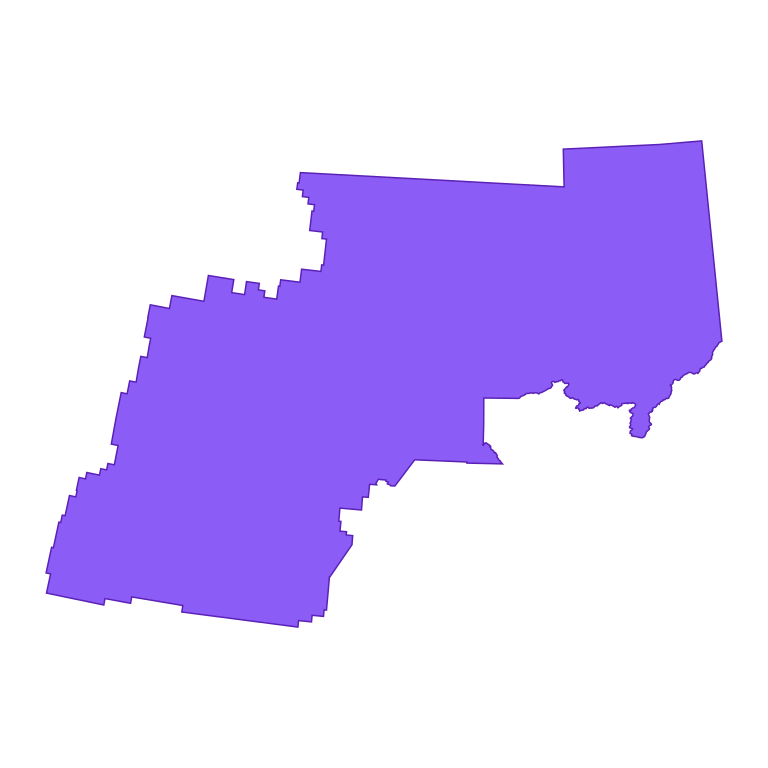 outline of Yukon-Koyukuk, Alaska, United States of America
{"feature_id": "52423323B20923510604078", "entity_name": "Yukon-Koyukuk", "entity_type": "district", "adm_level": 2, "iso_a3": "USA", "parent_name": "United States of America", "parent_adm1": "Alaska", "projection": "orthographic", "projection_center": [-147.261, 65.223], "detail": "fine", "context": "isolated", "style": "filled", "palette": "violet", "viewbox_px": 768, "rotation_deg": 0, "n_neighbors": 0, "source": "geoboundaries", "source_scale": "gbopen_adm2", "svg_char_len": 6115}
<svg xmlns="http://www.w3.org/2000/svg" viewBox="0 0 768 768"><path d="M631.6,435.7L633.0,436.2L636.2,436.6L637.5,437.0L638.3,437.0L639.1,437.5L639.9,437.4L641.5,437.8L642.1,437.8L643.8,437.1L643.9,436.7L644.3,436.3L644.7,436.3L645.9,433.5L646.4,432.0L647.8,430.6L649.2,429.5L649.5,428.1L648.8,427.8L648.7,427.2L648.8,426.5L649.4,425.7L650.8,425.1L651.4,424.6L651.3,423.9L650.8,423.3L649.6,422.4L649.2,421.2L649.4,418.8L649.7,417.2L648.4,414.2L648.5,413.5L649.1,413.3L650.1,412.0L651.0,412.2L652.0,411.6L651.7,411.1L652.1,410.7L652.5,410.7L652.8,410.1L652.5,409.3L653.1,408.3L652.9,407.9L653.6,407.4L655.1,407.4L656.6,406.2L657.3,404.6L658.1,404.0L658.6,403.7L659.2,404.2L659.4,403.5L660.4,402.2L660.8,401.5L662.6,400.9L663.0,400.0L663.6,399.7L664.2,399.7L664.1,399.9L665.1,399.5L666.0,398.5L667.5,398.5L668.7,398.1L669.3,396.4L670.7,394.4L670.8,393.7L671.2,392.9L671.0,392.0L671.4,391.2L671.8,390.7L671.5,389.4L671.5,388.3L671.6,387.6L671.4,386.9L671.3,386.2L670.7,385.8L670.3,385.7L670.2,385.3L670.6,385.0L671.5,384.7L672.3,384.0L673.0,383.1L673.1,381.9L673.4,380.7L674.1,379.9L675.6,379.3L676.7,380.0L678.0,380.3L679.2,380.2L680.1,379.3L680.6,378.3L680.9,377.5L682.1,377.1L682.8,376.1L683.8,375.2L685.1,374.4L686.7,373.8L687.9,373.1L688.0,372.8L688.7,372.5L690.1,372.3L691.8,372.9L693.8,374.0L695.2,373.6L696.4,372.8L697.1,372.7L697.9,373.4L698.9,372.1L699.7,371.2L699.9,370.1L700.4,368.5L701.5,368.4L703.0,367.2L704.3,367.0L705.1,365.4L705.9,365.0L706.8,363.2L707.6,363.0L708.2,362.4L708.2,361.6L710.7,359.9L711.7,358.5L711.5,356.9L712.2,355.7L712.7,354.1L712.4,352.3L713.0,351.5L713.9,349.9L714.7,348.9L715.2,347.9L715.9,346.8L717.0,346.2L717.6,344.9L718.1,344.3L718.6,343.4L719.1,342.6L719.7,342.4L720.6,341.8L721.9,341.2L701.7,140.9L659.3,144.5L563.3,149.1L564.1,186.9L300.4,172.6L299.1,183.0L297.7,182.8L296.8,189.3L303.2,190.1L302.4,196.6L308.8,197.4L308.0,203.9L314.5,204.7L313.7,211.2L312.0,211.0L309.7,230.5L322.6,232.0L321.9,238.6L326.5,239.1L323.6,265.1L321.7,264.9L320.9,271.4L301.6,269.2L300.0,282.2L280.7,279.8L279.8,286.3L278.5,286.1L276.7,299.1L263.9,297.3L264.8,290.8L258.4,289.9L259.3,283.4L246.5,281.6L244.6,294.6L231.7,292.6L233.8,279.6L208.4,275.5L203.9,301.3L171.9,295.6L169.4,308.5L150.3,304.8L147.8,317.6L148.1,317.7L144.3,337.0L150.7,338.3L149.4,344.7L147.2,357.6L140.8,356.4L138.3,369.2L136.1,382.2L129.7,380.9L127.1,393.8L121.2,392.6L116.0,418.3L111.3,444.1L118.1,445.5L114.3,464.8L107.9,463.5L106.6,469.9L100.8,468.7L99.5,475.1L86.8,472.5L85.5,478.9L79.1,477.5L76.4,490.3L77.1,490.5L75.8,496.9L69.5,495.5L65.1,515.7L62.3,515.1L60.7,522.5L58.9,522.1L53.4,547.7L51.6,547.3L46.1,572.9L50.6,573.9L46.5,593.1L103.8,605.0L105.0,598.6L130.6,603.3L131.7,596.9L182.8,605.5L181.8,612.0L297.9,627.1L298.6,620.6L311.5,621.9L312.1,615.3L323.5,616.4L324.1,609.9L326.5,610.1L329.4,577.3L329.5,577.4L352.0,544.7L352.7,535.6L346.2,535.0L346.5,531.7L340.0,531.2L340.9,521.4L338.8,521.2L339.9,508.1L361.5,510.0L362.5,496.9L368.3,497.3L369.6,484.3L376.7,484.8L375.9,483.1L377.1,481.5L378.3,479.4L378.9,479.2L380.5,479.6L385.9,480.0L385.8,481.1L386.6,481.5L388.3,482.0L387.3,483.8L389.9,484.9L390.7,485.8L394.9,486.0L414.7,459.8L467.0,462.0L466.9,463.1L502.5,463.9L501.8,463.0L500.5,462.5L500.7,461.3L498.4,459.5L498.4,458.8L496.8,456.9L497.3,455.9L496.6,454.3L495.4,452.6L494.5,452.9L493.6,451.0L492.8,450.2L491.1,449.5L490.6,447.2L489.8,446.8L490.5,446.2L489.4,445.0L487.0,443.6L486.4,442.9L485.5,443.4L485.0,443.0L483.2,445.3L482.7,444.8L483.2,444.3L483.7,424.2L483.8,398.0L518.8,398.4L519.2,398.2L520.2,397.3L520.6,396.7L521.7,396.1L522.2,396.0L523.0,395.6L523.9,395.4L524.8,394.6L525.5,394.4L525.8,393.8L526.6,393.5L529.5,393.3L530.7,393.0L531.3,392.7L533.3,393.4L533.8,393.0L534.8,392.9L535.3,392.7L537.2,393.0L538.4,393.8L539.1,393.8L539.6,393.1L540.2,392.7L541.4,392.5L541.9,392.3L543.1,391.7L543.9,391.2L545.4,390.6L546.6,389.7L548.1,389.0L548.5,388.5L550.2,388.3L551.0,387.7L551.4,387.0L551.6,386.3L552.1,386.0L552.6,385.2L552.0,383.9L551.5,382.9L551.4,382.2L552.4,381.6L553.4,381.3L554.5,381.8L554.8,382.4L555.9,382.1L556.5,381.6L557.2,381.5L557.9,381.7L559.3,380.7L560.3,380.8L561.2,380.2L561.7,379.7L562.6,380.0L563.0,381.9L564.0,382.3L564.4,383.1L565.1,383.5L565.7,383.3L566.6,383.4L568.3,383.1L568.6,383.5L568.8,384.5L568.3,385.2L567.6,386.8L567.1,386.7L566.5,387.0L564.6,389.4L563.9,390.0L563.9,390.8L564.5,391.0L564.7,391.4L564.8,392.5L564.3,393.0L565.9,394.2L565.7,394.8L566.3,395.7L566.9,395.9L567.5,396.4L568.7,396.8L569.1,397.4L569.6,397.9L570.5,398.4L571.5,398.2L572.4,397.6L573.1,398.0L573.8,398.8L574.9,399.2L575.6,399.3L576.5,399.8L577.4,399.8L577.9,399.6L578.4,399.7L579.0,401.1L578.9,401.7L580.0,402.4L580.3,403.1L579.8,403.5L578.9,403.9L578.9,404.5L578.4,405.2L577.7,405.7L576.7,406.0L576.3,406.6L575.9,407.3L575.7,408.2L576.1,408.4L577.8,407.9L578.5,408.2L578.9,408.7L578.8,409.3L579.2,409.5L579.6,411.0L582.2,410.1L583.6,410.0L584.3,408.5L585.2,408.7L586.0,408.6L586.5,408.1L586.8,407.4L587.5,407.2L588.3,407.4L589.1,408.3L589.6,408.3L590.8,407.9L591.7,408.2L593.8,407.6L594.3,406.9L595.2,405.9L597.2,405.9L598.5,404.6L600.0,403.6L600.4,403.1L601.2,402.7L602.2,403.4L603.0,403.4L603.3,402.8L604.2,402.6L605.6,403.8L606.2,403.8L608.0,404.9L609.4,405.5L609.7,404.7L610.5,404.8L611.0,405.2L612.2,405.5L614.9,407.2L615.3,407.1L615.6,406.7L616.3,406.3L617.0,406.5L617.7,407.7L618.4,407.6L618.9,406.8L621.6,405.4L621.7,404.6L621.7,404.0L621.9,403.7L623.5,403.5L624.3,403.2L624.8,403.4L626.3,403.1L627.4,403.6L627.8,403.6L628.0,402.9L629.5,403.2L630.6,402.9L631.5,403.3L632.1,403.2L632.3,402.7L633.0,402.6L633.3,402.9L635.1,403.8L635.5,404.4L635.5,405.3L635.1,406.2L634.9,406.7L633.8,407.9L633.0,407.9L631.2,409.1L630.9,410.3L630.0,410.2L629.4,410.3L629.6,411.3L630.0,412.1L630.6,412.3L631.1,412.9L632.6,413.4L633.1,414.3L632.7,415.7L632.2,416.5L631.5,416.9L631.2,417.3L630.4,418.0L630.4,418.5L630.9,418.8L631.4,419.4L630.9,420.7L630.7,422.4L630.1,422.9L630.2,423.6L630.7,424.4L630.5,425.7L630.1,426.1L629.5,426.9L629.6,427.7L632.4,428.7L632.6,429.3L630.3,431.1L630.0,433.3L631.5,433.9L631.9,434.4L631.6,435.0L631.6,435.7Z" fill="#8b5cf6" stroke="#5b21b6" stroke-width="1.5"/></svg>